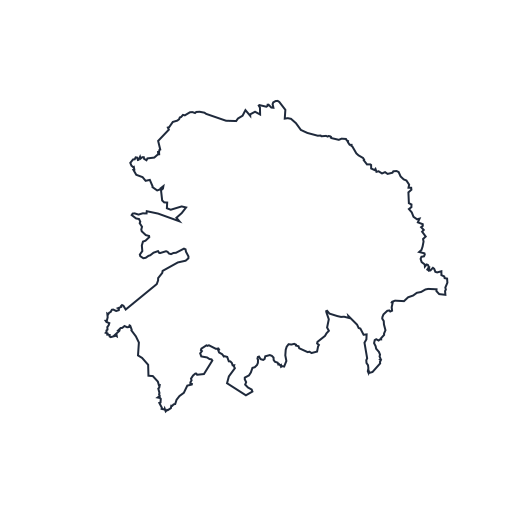 Santa Inés Ahuatempan, Puebla, Mexico (orthographic projection), rotated 330°
{"feature_id": "50627088B3656235949404", "entity_name": "Santa Inés Ahuatempan", "entity_type": "district", "adm_level": 2, "iso_a3": "MEX", "parent_name": "Mexico", "parent_adm1": "Puebla", "projection": "orthographic", "projection_center": [-98.063, 18.402], "detail": "fine", "context": "isolated", "style": "outline", "palette": "slate", "viewbox_px": 512, "rotation_deg": 330, "n_neighbors": 0, "source": "geoboundaries", "source_scale": "gbopen_adm2", "svg_char_len": 6119}
<svg xmlns="http://www.w3.org/2000/svg" viewBox="0 0 512 512"><g transform="rotate(330 256 256)"><path d="M102.9,327.3L102.7,329.1L100.1,329.4L101.9,331.0L102.1,332.1L100.1,335.1L98.8,334.9L98.6,340.3L97.8,341.2L99.9,343.1L100.6,342.5L100.1,345.4L102.0,344.8L102.4,345.4L106.2,345.2L107.8,343.3L108.5,343.9L110.4,343.3L112.0,343.8L115.3,340.8L119.7,339.0L125.1,338.4L131.7,333.9L136.1,335.2L136.5,334.8L135.5,333.5L136.0,332.6L138.0,331.5L138.4,329.7L141.8,328.0L144.7,327.5L145.5,328.0L145.6,329.4L151.9,332.2L165.9,324.7L165.8,323.3L164.2,322.0L162.9,319.4L158.4,315.6L159.0,312.4L161.6,311.3L161.2,310.0L162.4,308.9L168.4,308.6L169.0,309.5L170.6,309.8L174.9,316.4L177.2,317.3L177.2,318.6L176.2,318.6L175.8,321.1L177.6,324.2L177.9,327.0L178.6,327.0L180.6,329.0L179.8,333.6L181.1,334.5L181.6,336.5L181.1,339.0L182.4,339.7L181.7,340.2L181.6,342.6L172.3,346.7L167.3,351.7L177.6,371.6L185.1,371.6L185.5,369.5L183.3,365.9L182.3,362.0L184.4,360.3L184.6,357.2L185.5,355.7L190.2,355.9L193.3,354.3L197.0,351.1L199.3,351.7L202.4,350.9L204.2,349.5L205.9,346.8L205.9,345.7L207.1,344.4L208.3,344.6L208.4,347.6L210.3,349.6L211.9,349.5L213.9,347.5L218.4,348.7L219.8,350.4L220.4,352.7L219.3,354.9L219.5,357.0L221.4,359.2L221.1,361.1L221.9,361.1L222.3,362.9L223.1,362.9L222.4,364.5L223.6,364.5L225.1,365.8L229.8,362.1L231.7,356.7L234.9,352.0L237.2,349.9L240.1,348.7L242.4,350.4L245.2,351.2L246.3,352.8L245.8,353.5L247.7,355.4L247.3,357.5L252.7,365.1L254.4,365.6L255.6,367.8L261.1,369.3L264.5,365.4L266.0,364.5L265.2,362.3L266.3,361.1L275.8,359.7L278.4,358.2L281.7,357.2L281.8,353.5L287.4,347.2L288.8,340.0L289.2,338.9L290.2,339.0L290.8,342.6L296.4,348.7L299.2,351.3L301.9,352.6L305.4,356.0L306.0,354.1L309.2,366.0L308.9,369.7L310.1,371.0L309.8,378.0L312.6,379.2L309.9,383.4L306.6,385.3L301.1,400.2L299.4,401.4L298.2,403.9L298.4,406.6L297.2,409.4L295.2,411.7L295.0,413.4L296.1,412.2L295.7,413.9L298.9,414.7L309.8,411.1L310.4,409.7L312.2,408.5L311.8,407.8L312.4,407.8L312.8,404.8L314.1,403.4L314.5,400.5L313.7,396.3L314.5,394.0L314.7,390.5L316.8,388.2L318.5,388.2L319.9,390.5L321.6,390.2L322.7,390.8L323.3,389.7L327.5,388.4L328.1,387.2L331.0,385.0L332.6,379.2L334.1,376.2L334.0,373.4L334.9,372.1L337.2,370.3L342.3,369.1L344.2,369.8L344.5,371.2L346.5,371.4L347.9,368.2L350.9,364.9L350.3,364.1L351.0,363.7L354.1,364.2L361.6,369.1L367.1,367.8L372.3,368.8L376.9,368.3L381.0,369.7L386.0,369.7L388.7,370.6L395.7,375.1L394.7,376.6L395.6,380.6L400.6,384.3L402.2,380.9L403.6,380.0L404.2,378.0L408.4,374.8L410.2,371.1L408.3,369.5L408.8,367.8L407.0,365.3L408.9,361.9L404.7,360.8L403.4,359.4L403.9,356.2L403.3,354.7L399.8,355.7L398.5,355.2L399.8,353.2L396.8,353.8L400.2,352.0L400.4,349.7L399.6,348.7L397.0,349.6L397.9,347.7L396.4,344.1L397.1,340.8L398.9,339.4L401.3,340.3L402.9,339.1L403.2,337.9L399.3,334.1L402.3,333.5L405.0,331.1L408.3,327.3L409.2,324.8L412.7,324.0L412.0,318.0L414.3,317.3L413.4,313.6L415.5,313.3L416.3,311.8L413.0,307.8L416.3,305.4L413.8,304.7L412.0,300.8L412.7,296.1L411.9,291.8L415.0,291.4L416.4,289.1L414.8,286.7L419.8,277.1L423.7,276.3L424.5,274.5L422.2,273.1L424.3,270.8L424.0,265.8L422.2,263.5L421.0,259.4L421.5,254.6L420.2,252.7L417.3,251.3L415.8,252.1L411.0,250.7L409.7,247.9L406.4,247.5L404.5,243.9L402.4,243.3L403.0,240.3L401.6,240.8L399.5,237.8L401.2,234.7L400.8,233.8L397.9,232.2L397.2,226.9L397.8,226.6L397.7,224.6L395.1,220.1L394.2,217.3L394.2,209.4L393.7,208.4L394.3,207.5L392.7,206.5L392.5,203.4L393.2,202.5L392.4,201.5L392.4,199.6L388.8,197.2L385.8,196.8L380.5,191.8L380.0,191.0L380.5,190.4L380.2,189.6L378.9,188.4L377.8,188.4L376.7,187.0L372.5,185.0L372.2,184.0L369.6,182.7L362.0,175.1L357.9,169.3L357.0,160.9L354.9,154.7L352.4,152.5L349.6,151.4L354.5,144.1L353.2,134.2L352.3,132.5L350.4,131.6L347.7,131.6L346.3,132.8L345.2,136.3L343.5,135.1L342.5,131.2L341.7,130.8L340.9,131.8L339.6,131.9L334.4,127.0L333.6,127.1L333.6,129.5L330.3,135.5L327.3,130.6L321.8,130.4L321.1,131.7L319.8,124.4L314.5,127.8L309.1,127.9L306.3,129.2L297.7,123.9L283.9,108.0L283.0,106.1L279.3,102.9L276.3,101.4L274.7,101.7L272.9,99.6L270.7,98.5L264.7,98.6L263.3,97.3L260.6,98.2L259.3,97.9L257.8,99.1L255.5,99.4L251.0,98.3L245.2,101.0L243.9,100.7L243.7,103.0L228.8,107.4L226.3,115.9L225.5,115.8L224.2,117.2L223.2,116.9L222.6,118.2L223.5,118.5L223.0,119.5L221.7,119.0L217.1,119.9L210.8,117.2L209.0,118.3L207.7,115.9L208.2,114.3L206.9,113.6L204.8,113.9L205.2,112.1L202.4,114.0L201.7,113.8L202.3,111.4L201.1,110.4L199.3,111.6L197.8,110.9L193.7,112.5L193.3,115.5L194.1,117.8L194.7,117.8L193.8,120.4L192.9,120.1L192.9,125.8L197.2,131.0L198.0,135.7L202.1,137.0L201.3,143.8L200.8,144.6L203.2,149.8L207.4,150.6L207.3,149.7L210.7,149.2L209.1,151.1L206.6,151.6L202.5,161.0L203.3,163.7L205.8,165.3L202.7,170.1L205.3,173.3L216.4,175.9L219.7,179.0L213.1,181.7L206.2,183.1L207.0,187.6L192.4,170.3L183.8,162.6L182.5,164.4L179.2,162.4L175.0,161.4L172.2,158.4L170.4,157.6L168.8,158.4L170.9,163.5L173.2,165.5L172.9,168.5L171.7,169.4L171.9,173.7L169.9,175.7L169.4,177.5L171.0,182.8L173.4,185.2L173.0,186.3L167.9,187.5L165.3,187.0L162.4,189.8L160.0,194.9L156.1,196.7L155.7,198.3L157.3,201.6L159.6,202.4L163.0,202.1L164.7,202.5L168.9,201.9L173.6,202.8L173.7,204.9L174.4,205.5L180.5,206.9L181.5,208.2L181.9,210.4L183.4,211.9L186.0,212.1L188.3,213.2L197.3,213.6L198.3,215.0L197.5,217.2L197.3,222.6L196.3,224.2L192.7,224.9L185.1,222.5L167.7,222.2L166.3,223.8L160.2,226.2L159.0,228.2L156.0,230.7L116.4,237.2L116.3,232.9L115.4,231.5L114.2,231.8L113.8,232.7L110.5,232.2L111.0,233.0L110.1,234.3L107.4,233.7L105.6,231.0L104.3,230.5L102.1,231.8L100.5,231.7L98.9,232.6L98.4,231.6L96.9,234.9L94.5,237.4L93.4,236.9L93.5,238.4L95.4,240.8L93.8,242.3L91.7,243.2L90.6,245.5L89.3,245.7L88.5,247.1L87.5,247.4L88.7,248.9L87.9,249.7L89.8,251.3L89.0,252.5L89.6,253.6L94.8,255.0L95.3,255.9L95.8,254.6L94.4,253.8L100.2,252.5L100.9,251.8L100.1,251.4L102.7,250.7L104.3,251.4L107.1,250.9L108.8,253.3L110.5,254.0L111.8,252.9L112.2,253.5L111.5,257.6L110.9,258.1L111.8,265.6L111.3,272.4L104.1,283.1L106.4,287.3L108.2,296.3L103.0,305.9L106.6,308.4L108.2,315.7L107.3,319.4L108.0,319.7L106.4,321.6L105.1,322.0L103.9,326.4L102.9,327.3Z" fill="none" stroke="#1e293b" stroke-width="2"/></g></svg>